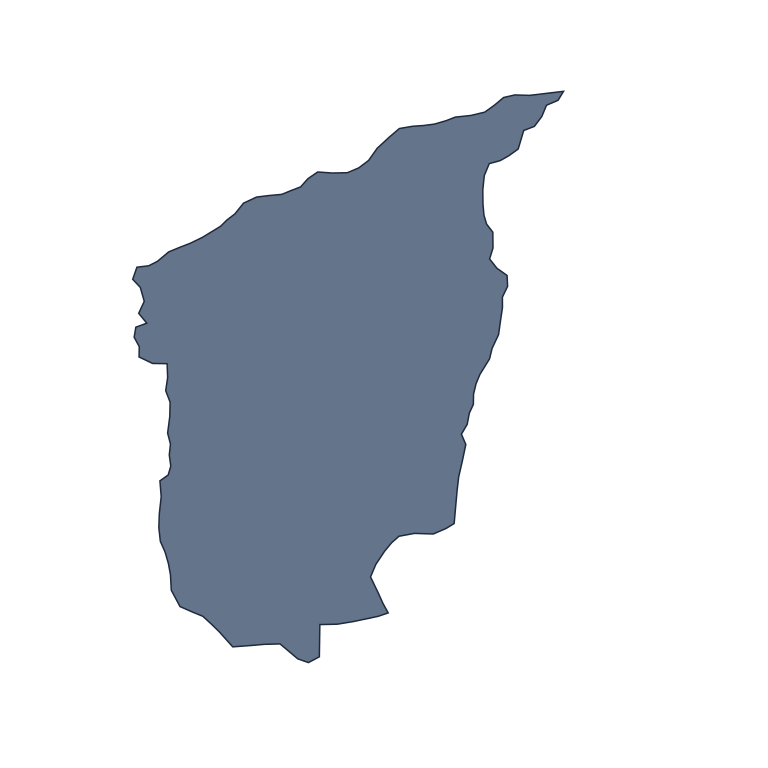 outline of Conde, Paraíba, Brazil, rotated 249°
{"feature_id": "56859067B62931681450845", "entity_name": "Conde", "entity_type": "district", "adm_level": 2, "iso_a3": "BRA", "parent_name": "Brazil", "parent_adm1": "Paraíba", "projection": "orthographic", "projection_center": [-34.854, -7.298], "detail": "fine", "context": "isolated", "style": "filled", "palette": "slate", "viewbox_px": 768, "rotation_deg": 249, "n_neighbors": 0, "source": "geoboundaries", "source_scale": "gbopen_adm2", "svg_char_len": 1755}
<svg xmlns="http://www.w3.org/2000/svg" viewBox="0 0 768 768"><g transform="rotate(249 384 384)"><path d="M412.9,522.0L422.7,525.7L430.9,534.4L441.2,537.8L451.6,530.9L462.9,527.4L471.9,534.5L486.7,540.0L496.5,537.1L505.7,537.8L516.6,540.9L529.8,545.8L542.6,552.3L552.0,561.2L550.9,572.6L552.4,582.5L555.3,593.5L570.6,605.3L570.6,616.7L577.1,627.1L586.0,635.6L586.5,648.2L592.9,656.5L601.3,623.3L607.0,609.7L608.6,598.3L604.7,586.9L601.7,575.5L603.6,561.2L607.6,546.3L607.6,535.9L608.6,524.1L611.1,513.7L614.3,503.3L617.0,489.9L612.6,477.4L606.5,462.1L598.2,449.7L594.8,437.7L594.4,425.4L599.6,411.1L605.7,398.1L603.0,386.7L597.9,376.8L597.9,366.8L597.7,356.4L601.1,344.4L604.2,332.0L603.2,317.7L596.2,305.7L593.5,296.4L589.8,287.9L586.0,267.1L584.8,253.3L584.8,242.7L584.5,230.3L579.7,216.4L578.7,206.6L581.6,195.2L571.8,186.9L561.5,191.1L547.1,189.8L537.9,180.3L525.8,184.3L526.0,172.7L517.2,167.5L506.6,168.9L497.0,165.0L486.1,175.3L480.7,188.8L467.5,184.3L456.0,177.8L443.7,177.8L430.5,172.4L415.7,164.4L404.4,163.1L394.7,158.1L383.7,155.5L376.4,149.9L373.9,140.1L358.6,135.6L343.3,127.7L330.6,122.3L317.2,118.8L305.5,119.4L293.8,118.4L282.5,116.3L267.7,111.5L249.3,113.8L239.0,124.2L232.1,131.6L221.7,136.8L211.9,141.3L192.8,148.6L187.0,167.9L183.9,178.8L178.6,193.8L158.3,205.0L151.0,213.6L152.5,225.9L182.4,237.9L176.5,254.3L173.2,270.2L169.2,295.3L168.8,305.9L179.6,304.4L190.3,303.8L208.7,302.3L218.5,311.7L227.7,324.7L233.0,334.1L236.5,343.4L233.6,358.9L226.3,376.3L226.9,390.2L228.6,399.5L258.2,414.0L270.6,420.5L283.5,429.2L298.2,438.7L309.4,438.3L316.5,447.2L326.2,453.2L332.9,460.1L342.5,464.0L351.2,470.0L358.6,477.0L369.6,491.5L378.4,497.6L389.1,508.7L401.6,515.6L412.9,522.0Z" fill="#64748b" stroke="#1e293b" stroke-width="1.5"/></g></svg>